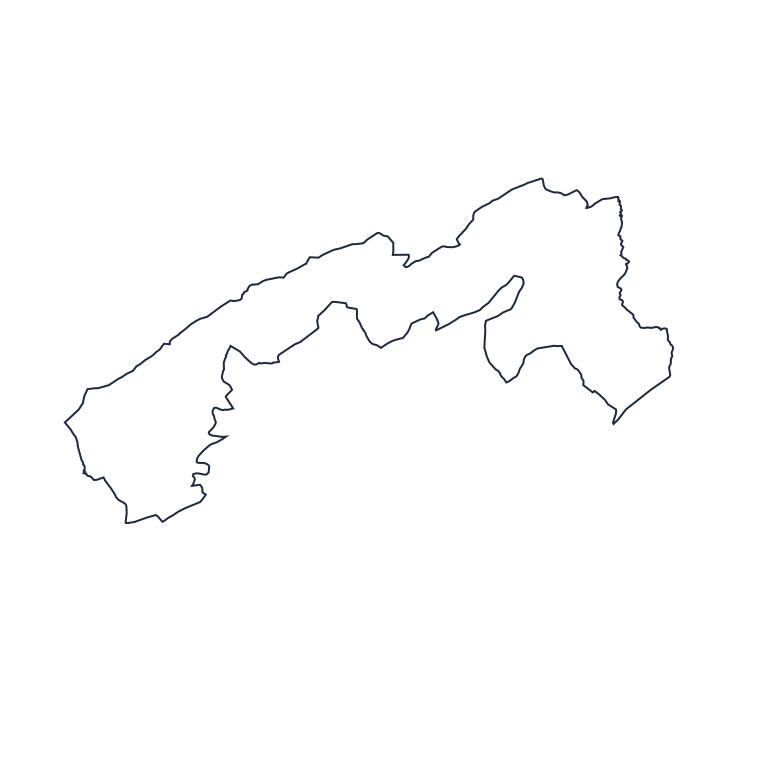 the district of Chamwino, Dodoma, United Republic of Tanzania, rotated 236°
{"feature_id": "72390352B28140161055022", "entity_name": "Chamwino", "entity_type": "district", "adm_level": 2, "iso_a3": "TZA", "parent_name": "United Republic of Tanzania", "parent_adm1": "Dodoma", "projection": "equal_earth", "projection_center": [35.821, -6.232], "detail": "fine", "context": "isolated", "style": "outline", "palette": "slate", "viewbox_px": 768, "rotation_deg": 236, "n_neighbors": 0, "source": "geoboundaries", "source_scale": "gbopen_adm2", "svg_char_len": 6129}
<svg xmlns="http://www.w3.org/2000/svg" viewBox="0 0 768 768"><g transform="rotate(236 384 384)"><path d="M448.1,245.3L461.8,245.6L462.4,246.3L464.1,254.7L467.0,255.2L469.7,255.2L475.7,252.5L479.3,252.9L480.9,253.8L484.9,258.1L485.5,259.5L491.1,262.9L493.9,266.4L495.1,268.7L496.2,268.9L496.7,270.3L499.2,273.6L499.6,275.4L501.4,278.1L491.3,282.8L483.8,283.7L475.9,285.6L473.6,286.6L472.4,287.6L471.6,289.1L471.3,292.2L470.1,293.2L467.6,297.8L465.9,299.5L464.0,302.2L463.5,303.1L463.8,304.2L462.7,305.6L461.1,309.4L464.6,310.4L466.1,311.6L466.9,313.2L466.8,332.1L465.6,338.2L466.9,359.9L467.2,361.0L473.9,364.0L475.9,366.5L477.2,367.5L478.5,376.2L481.1,386.7L479.5,389.3L472.3,397.5L470.2,397.2L469.0,396.3L468.3,396.5L467.3,397.1L461.5,403.2L459.8,402.6L455.2,399.3L452.9,398.1L448.9,398.2L442.9,397.1L437.1,397.2L433.3,396.2L427.1,395.9L423.7,396.8L420.0,399.9L415.7,401.6L415.6,410.1L415.0,414.8L414.4,417.5L411.6,425.5L413.5,432.1L415.4,435.8L418.7,440.5L417.2,450.2L415.6,454.4L416.3,458.4L416.0,464.8L409.8,464.4L404.2,463.3L402.8,462.0L400.3,457.5L399.3,457.2L397.4,471.5L397.1,480.3L397.3,483.8L396.4,487.7L393.0,498.4L391.7,504.6L392.5,509.2L392.8,516.1L397.3,530.9L398.2,535.5L397.8,540.4L398.1,542.8L400.8,551.8L400.6,552.8L395.9,557.2L394.7,557.9L392.0,557.4L389.4,556.1L386.8,552.4L384.8,547.4L378.6,538.4L375.8,533.0L375.1,530.9L376.7,522.8L376.7,516.3L379.4,503.9L376.2,500.6L371.7,497.9L358.0,487.5L348.5,484.4L342.9,483.5L333.7,484.7L330.7,486.1L327.9,486.1L325.7,485.5L320.9,486.3L316.9,486.3L316.5,487.3L316.3,490.7L316.6,494.8L316.3,497.7L316.7,499.1L318.6,502.6L320.5,504.9L323.0,510.7L326.3,514.0L327.8,516.4L328.1,517.4L328.1,519.0L327.6,522.8L327.9,527.3L327.6,531.3L320.4,546.7L319.2,547.9L316.1,552.6L295.7,550.2L289.8,551.1L289.0,552.0L287.3,552.7L281.6,552.8L278.7,551.2L275.0,551.2L271.6,548.6L260.2,552.4L260.5,554.7L254.8,556.6L247.1,558.3L241.9,558.3L233.2,562.1L232.4,561.8L229.6,559.5L223.8,552.1L222.5,552.0L223.6,558.3L227.6,570.3L230.0,601.9L230.3,624.7L231.3,626.3L237.9,629.3L238.6,629.9L240.5,633.1L244.4,636.0L246.0,638.7L248.9,639.7L251.7,643.5L252.4,644.0L254.8,644.3L256.7,643.7L258.7,644.3L262.0,644.0L265.0,646.3L269.9,648.2L271.1,649.2L272.5,648.6L273.4,647.4L274.0,645.8L274.2,643.7L275.9,644.0L276.6,643.1L277.7,643.0L279.3,641.3L279.6,640.0L280.6,638.3L280.7,637.3L283.3,634.4L285.2,630.6L287.2,628.4L289.1,628.2L291.7,629.0L293.7,628.2L299.6,628.0L301.7,629.3L302.5,629.3L310.1,626.8L312.8,626.5L315.6,625.6L316.6,625.6L318.4,628.0L319.3,628.3L320.3,628.3L322.1,626.9L323.2,627.0L324.4,627.9L325.3,629.8L327.0,630.0L327.7,630.5L329.3,633.6L331.0,633.6L333.8,632.0L336.5,633.1L337.7,634.8L339.0,637.7L340.3,644.2L341.0,646.1L343.9,650.4L346.2,651.5L347.8,651.5L348.2,651.9L347.7,653.6L348.4,655.6L349.9,655.5L351.5,654.2L352.5,654.6L355.0,652.9L357.0,652.7L358.5,652.1L359.0,653.6L360.8,654.4L363.6,658.9L366.8,658.5L367.7,658.7L368.8,661.1L369.6,661.8L371.5,661.0L372.9,661.5L374.3,662.6L376.4,661.5L378.0,663.4L379.2,665.8L380.6,667.1L381.2,668.6L385.1,671.9L388.5,672.8L390.3,675.3L390.9,675.1L391.4,673.7L392.0,673.8L392.8,675.9L394.5,675.9L394.6,677.7L395.0,678.4L396.5,678.1L399.1,680.1L400.9,679.5L403.5,681.8L404.5,680.5L405.5,681.8L406.7,681.7L407.7,682.7L408.2,682.6L409.8,679.9L411.5,675.2L415.1,668.5L415.6,659.6L415.1,656.3L415.3,654.4L416.2,651.2L416.8,650.2L417.5,651.0L418.0,652.7L421.8,654.1L429.1,652.9L432.0,653.3L435.0,652.9L437.0,652.1L438.2,642.6L439.4,639.3L443.8,637.1L446.2,634.5L447.5,632.4L450.0,630.3L454.6,627.2L456.2,627.0L459.1,627.5L465.2,630.1L466.4,629.2L470.4,615.2L470.6,612.8L473.7,599.0L473.8,582.2L475.3,576.3L474.9,572.7L476.1,564.2L476.0,555.4L475.5,554.3L473.6,552.1L470.4,549.9L469.0,544.0L466.8,538.5L464.6,528.6L463.4,525.3L459.4,524.7L457.2,524.9L457.1,523.3L458.1,519.5L459.1,517.3L462.3,512.8L464.8,510.5L465.6,508.4L465.9,497.4L464.4,492.1L465.4,489.6L466.7,481.8L468.1,479.1L468.3,473.7L467.9,471.3L468.0,468.9L468.8,467.3L471.4,466.7L473.1,471.8L474.5,474.7L475.6,475.9L477.4,476.7L486.1,463.5L488.3,465.6L495.8,470.6L503.9,469.7L504.7,469.3L507.1,466.7L511.6,464.6L512.4,463.8L512.9,462.7L513.1,453.6L513.0,450.1L512.4,447.1L512.4,445.3L515.5,439.2L517.5,436.2L521.1,423.1L523.4,417.2L525.3,405.3L525.4,400.3L530.6,393.3L527.2,386.4L527.5,385.6L528.2,376.8L529.8,367.3L529.9,364.9L528.3,360.3L531.3,356.4L536.3,344.3L537.0,341.1L537.2,334.9L538.2,333.8L539.1,331.6L539.9,331.0L540.6,327.6L538.8,323.7L537.8,323.1L538.3,319.1L537.5,318.4L537.1,316.1L534.4,313.7L534.2,311.4L536.5,306.1L539.1,303.4L539.4,292.0L538.6,274.8L540.8,268.2L541.3,264.0L541.5,256.8L540.6,250.1L540.2,243.1L539.7,241.5L539.9,233.4L538.9,230.1L536.8,228.6L540.4,224.1L538.0,217.5L537.8,212.2L537.3,210.5L537.0,207.3L537.4,199.5L536.8,193.0L537.1,188.7L535.3,183.2L536.4,175.8L536.3,170.5L536.8,166.7L536.9,155.2L540.4,144.6L542.6,141.2L545.5,135.3L541.4,128.6L536.5,123.6L533.5,116.5L530.6,97.9L521.6,98.8L516.0,98.5L512.6,98.8L507.1,97.3L503.3,95.2L490.0,90.7L486.9,90.5L485.3,89.5L484.1,89.9L482.5,89.5L481.0,88.4L480.3,87.3L480.4,86.9L478.5,85.7L478.4,86.2L478.0,85.3L477.5,86.1L476.9,86.0L476.3,87.1L475.4,86.6L473.4,87.1L472.3,88.4L470.8,89.2L466.5,89.9L465.0,92.7L463.5,99.0L462.4,99.2L459.9,98.8L449.9,99.3L443.1,99.2L440.2,98.6L436.3,99.1L431.0,101.9L429.0,102.5L427.8,102.4L426.3,101.9L420.6,98.3L413.8,92.4L413.1,92.2L411.4,95.0L409.1,100.2L405.8,113.0L403.0,121.5L400.6,122.5L393.7,123.2L393.4,125.2L393.7,130.1L393.2,134.6L393.2,141.9L392.3,149.3L389.0,165.4L389.9,169.0L391.9,174.4L395.6,172.9L399.3,175.2L402.9,175.2L403.6,174.6L406.9,167.9L408.5,171.1L410.8,173.9L411.6,174.3L414.8,174.2L415.9,175.6L415.0,178.2L413.7,180.1L408.9,184.9L408.2,186.6L408.8,189.2L413.1,192.8L414.6,193.1L416.4,192.6L419.0,190.9L422.0,186.5L423.4,185.3L424.3,185.1L426.6,187.3L427.9,189.6L428.8,192.7L429.9,197.7L430.7,204.4L430.6,207.5L429.2,212.6L428.7,219.1L428.8,223.5L430.3,220.7L437.2,212.9L439.4,211.3L441.3,211.3L442.0,212.0L443.5,218.7L445.4,222.2L446.5,223.3L450.1,224.1L452.5,225.2L455.0,225.3L457.2,226.5L459.0,229.4L458.9,230.6L457.9,231.8L452.7,235.3L451.6,237.9L449.8,240.4L448.1,245.3Z" fill="none" stroke="#1e293b" stroke-width="2"/></g></svg>